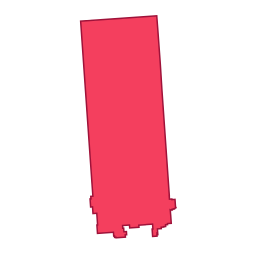 the district of Laverton, Western Australia, Australia, rotated 266°
{"feature_id": "25037944B80817080024086", "entity_name": "Laverton", "entity_type": "district", "adm_level": 2, "iso_a3": "AUS", "parent_name": "Australia", "parent_adm1": "Western Australia", "projection": "mercator", "projection_center": [123.06, -27.938], "detail": "fine", "context": "isolated", "style": "filled", "palette": "rose", "viewbox_px": 256, "rotation_deg": 266, "n_neighbors": 0, "source": "geoboundaries", "source_scale": "gbopen_adm2", "svg_char_len": 3225}
<svg xmlns="http://www.w3.org/2000/svg" viewBox="0 0 256 256"><g transform="rotate(266 128 128)"><path d="M237.9,88.2L226.1,88.2L218.1,88.2L183.3,88.2L162.8,88.2L142.2,88.2L120.2,88.2L110.2,88.2L109.6,88.2L109.3,88.2L108.8,88.2L108.4,88.2L108.1,88.2L107.6,88.2L107.4,88.2L106.8,88.2L106.5,88.2L106.0,88.2L105.4,88.2L105.0,88.2L104.7,88.2L104.4,88.2L103.9,88.2L103.7,88.2L103.2,88.2L102.6,88.2L102.3,88.2L101.9,88.2L101.6,88.2L101.1,88.2L100.5,88.2L100.3,88.2L99.8,88.2L99.4,88.2L99.1,88.2L98.6,88.2L98.3,88.2L97.9,88.2L97.6,88.2L97.1,88.2L96.9,88.2L96.3,88.2L95.7,88.2L95.4,88.2L94.9,88.2L94.6,88.2L94.2,88.2L93.7,88.2L93.2,88.2L92.7,88.2L92.1,88.2L91.8,88.2L91.4,88.2L91.1,88.2L90.6,88.2L90.1,88.2L89.8,88.2L89.3,88.2L88.9,88.2L88.6,88.2L88.0,88.2L87.4,88.2L86.8,88.2L86.2,88.2L85.6,88.2L85.0,88.2L84.7,88.2L84.3,88.2L83.7,88.2L83.1,88.2L82.4,88.2L81.8,88.2L81.2,88.2L80.7,88.2L80.1,88.2L79.6,88.2L79.0,88.2L78.4,88.2L77.6,88.2L77.2,88.2L76.7,88.2L76.4,88.2L76.0,88.2L75.6,88.2L75.3,88.2L75.0,88.2L74.5,88.2L74.1,88.2L73.6,88.2L73.2,88.2L72.9,88.2L72.6,88.2L72.2,88.2L71.9,88.2L71.4,88.2L71.0,88.2L70.7,88.2L70.4,88.2L69.9,88.2L69.5,88.2L69.2,88.2L68.8,88.2L68.5,88.2L68.0,88.2L67.7,88.2L67.3,88.2L66.8,88.2L66.4,88.2L66.1,88.2L65.7,88.2L65.1,88.2L64.7,88.2L64.2,88.2L63.8,88.2L63.2,88.2L62.8,88.2L62.4,88.2L62.4,86.1L62.1,86.1L61.6,86.1L61.1,86.1L60.5,86.1L59.9,86.1L59.9,85.2L59.5,85.2L59.1,85.2L58.8,85.2L58.4,85.2L58.0,85.2L57.5,85.2L57.0,85.2L56.7,85.2L56.2,85.2L55.8,85.2L55.4,85.2L54.9,85.2L54.6,85.2L51.8,85.2L51.8,87.1L45.1,87.1L45.1,90.9L33.4,90.9L33.4,90.2L25.0,90.2L25.0,106.2L21.2,106.2L21.2,107.0L19.8,107.0L19.8,108.4L19.3,108.4L19.3,111.4L19.3,117.8L19.5,117.8L21.1,117.8L21.6,117.8L21.6,119.2L22.0,119.2L22.5,119.2L22.8,119.2L23.2,119.2L23.5,119.2L24.0,119.2L24.4,119.2L24.8,119.2L24.8,117.8L24.8,116.7L25.0,116.7L28.4,116.7L28.4,115.7L30.1,115.8L31.1,115.8L31.1,122.7L28.2,122.7L28.2,132.0L30.3,132.0L30.3,138.8L30.4,139.3L30.4,140.4L30.4,140.7L30.4,141.3L30.4,141.7L30.4,142.2L30.4,143.2L30.4,145.8L27.9,145.8L27.2,145.8L26.7,145.8L26.2,145.8L25.5,145.8L25.5,145.0L20.0,145.0L18.1,145.0L18.1,149.4L19.5,149.4L19.5,150.3L20.0,150.3L20.0,149.6L21.4,149.6L21.4,150.3L25.3,150.3L25.3,154.2L26.7,154.2L26.7,156.7L27.1,156.7L27.1,158.7L27.9,158.7L28.9,158.7L28.8,160.7L29.9,160.7L29.9,163.3L29.9,164.5L30.5,164.5L33.0,164.5L37.2,164.5L38.1,164.5L43.0,164.4L42.9,164.5L43.0,164.5L43.3,164.9L43.4,165.0L43.5,165.4L43.4,165.7L43.5,165.8L43.5,166.0L43.3,166.0L43.4,166.3L43.3,166.2L43.2,166.2L43.1,166.3L43.3,166.5L43.5,166.5L43.6,166.4L43.6,166.2L43.7,166.3L43.7,166.5L43.8,166.6L43.9,166.3L43.8,166.2L43.9,166.3L44.0,166.5L43.9,166.7L43.5,166.7L43.4,166.7L43.4,166.8L43.5,166.9L43.5,167.0L43.7,167.3L43.9,167.5L44.0,167.9L44.0,168.0L44.0,168.3L44.2,168.2L44.3,168.2L44.3,168.3L44.2,168.4L44.1,168.5L44.3,168.7L44.4,168.8L44.3,169.0L44.5,169.3L44.8,169.5L45.0,169.8L45.1,170.1L45.2,170.3L45.2,170.5L45.4,170.6L45.5,170.8L45.5,169.9L53.5,169.9L53.5,166.8L54.1,166.8L54.1,164.4L57.6,164.4L57.6,164.5L64.6,164.5L75.8,164.5L91.0,164.5L114.4,164.5L122.9,164.5L141.6,164.5L160.1,164.5L163.7,164.5L189.2,164.7L223.1,164.6L237.9,164.5L237.9,133.7L237.9,88.2Z" fill="#f43f5e" stroke="#9f1239" stroke-width="1.5"/></g></svg>